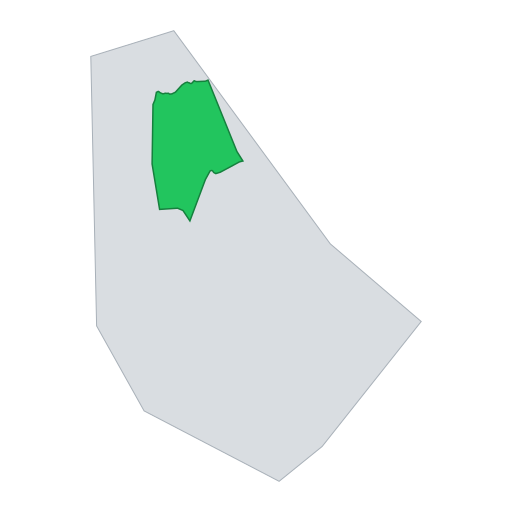 location of Saint Andrew within Barbados
{"feature_id": "BRB-1990", "entity_name": "Saint Andrew", "entity_type": "Parish", "adm_level": 1, "iso_a3": "BRB", "parent_name": "Barbados", "parent_adm1": "", "projection": "natural_earth1", "projection_center": [-59.584, 13.25], "detail": "fine", "context": "in_parent", "style": "filled", "palette": "green", "viewbox_px": 512, "rotation_deg": 0, "n_neighbors": 0, "source": "natural_earth", "source_scale": "10m", "svg_char_len": 968}
<svg xmlns="http://www.w3.org/2000/svg" viewBox="0 0 512 512"><path d="M322.2,446.4L279.1,481.3L144.1,410.9L96.6,325.9L90.8,56.4L173.8,30.7L330.3,243.9L421.2,321.5L322.2,446.4Z" fill="#d9dde1" stroke="#a8b0b8" stroke-width="1"/><path d="M208.0,80.1L236.9,151.5L242.9,161.0L239.4,161.9L220.3,172.2L215.8,173.6L213.9,172.6L213.5,172.2L212.9,171.2L212.6,170.9L212.2,170.6L211.6,170.5L211.0,170.6L210.1,170.9L205.4,179.5L189.9,220.9L183.0,210.5L177.6,208.2L159.6,209.4L152.1,164.0L153.0,104.5L154.9,100.0L156.4,92.3L157.3,91.9L157.8,91.6L158.2,91.4L158.6,91.6L159.1,91.8L159.5,92.3L160.5,92.9L161.5,93.3L162.8,93.8L163.5,93.8L164.3,93.5L164.9,93.3L165.6,93.2L166.8,93.4L167.2,93.4L167.7,93.3L168.1,93.2L168.7,93.4L169.5,94.1L171.8,93.9L175.4,92.2L181.8,85.1L185.2,82.8L187.4,82.1L188.2,82.6L188.9,82.8L189.5,82.9L190.0,83.4L190.7,83.5L191.6,83.4L194.1,80.8L194.4,80.8L194.5,81.0L196.6,81.6L205.4,81.2L208.0,80.1Z" fill="#22c55e" stroke="#15803d" stroke-width="1.5"/></svg>